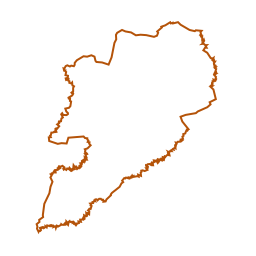 the district of Phimai, Nakhon Ratchasima, Thailand, rotated 183°
{"feature_id": "78962969B83847555024390", "entity_name": "Phimai", "entity_type": "district", "adm_level": 2, "iso_a3": "THA", "parent_name": "Thailand", "parent_adm1": "Nakhon Ratchasima", "projection": "orthographic", "projection_center": [102.551, 15.277], "detail": "fine", "context": "isolated", "style": "outline", "palette": "amber", "viewbox_px": 256, "rotation_deg": 183, "n_neighbors": 0, "source": "geoboundaries", "source_scale": "gbopen_adm2", "svg_char_len": 5759}
<svg xmlns="http://www.w3.org/2000/svg" viewBox="0 0 256 256"><g transform="rotate(183 128 128)"><path d="M99.5,230.1L103.9,225.9L102.9,224.7L103.9,221.7L106.8,220.4L114.6,221.7L120.3,221.8L125.0,221.0L129.9,223.6L135.6,224.3L139.1,225.6L143.8,222.5L144.9,220.4L144.4,215.9L146.0,212.3L148.1,197.7L150.7,190.3L157.3,192.1L163.0,192.3L164.0,193.4L165.2,197.5L168.4,198.7L172.5,197.1L176.2,197.3L182.6,193.0L184.6,190.3L184.6,188.2L185.3,186.9L188.0,187.3L189.2,186.4L191.9,187.4L193.5,186.5L194.7,183.9L195.4,184.1L194.8,182.0L193.6,182.2L193.7,181.5L192.7,180.7L193.2,177.5L190.7,177.0L190.7,175.0L192.8,174.3L192.3,172.7L190.0,173.6L190.1,172.2L188.9,171.6L189.0,170.1L187.0,169.5L186.2,170.5L185.7,167.6L184.1,166.8L184.9,165.2L184.7,161.8L186.3,160.3L185.6,159.6L184.8,160.2L184.5,159.4L185.4,157.6L189.0,155.2L188.7,154.3L187.4,154.3L187.4,152.0L186.2,151.5L186.7,146.8L188.0,145.1L191.6,144.1L190.5,141.3L188.8,139.8L188.7,138.8L190.0,137.7L193.4,137.6L194.5,139.3L195.4,138.2L193.6,135.1L195.0,134.0L195.2,131.4L196.0,131.5L196.7,129.9L197.4,130.4L197.6,128.8L198.9,127.9L196.8,126.2L198.9,123.4L199.7,123.9L200.5,123.2L199.3,120.4L200.6,120.1L200.9,120.9L202.7,119.5L204.3,119.4L204.7,116.7L205.4,116.3L204.6,114.8L206.6,114.5L206.0,110.9L197.3,108.5L193.6,109.4L188.5,109.3L187.0,115.2L171.9,117.2L170.4,115.7L168.1,115.6L168.0,114.4L166.9,113.4L167.5,112.0L165.7,111.7L166.0,110.4L164.4,108.8L167.4,105.5L170.0,104.5L169.4,103.5L169.7,101.8L168.2,100.7L169.2,100.2L167.9,99.6L169.1,98.9L167.8,96.2L168.7,95.7L169.6,96.3L169.3,94.9L170.5,95.0L168.5,94.5L168.3,95.5L167.5,94.2L169.0,94.1L169.5,92.3L170.4,92.7L170.4,91.7L171.3,92.2L171.2,93.5L172.3,92.7L172.1,90.7L173.6,90.3L172.5,89.1L174.0,88.1L173.1,87.6L174.0,87.1L173.2,86.6L173.9,85.8L174.6,86.1L174.9,85.3L176.7,85.9L177.1,85.5L176.3,84.8L176.8,84.3L178.1,85.7L178.0,86.8L179.4,86.6L180.4,87.9L180.5,86.3L179.3,85.6L180.9,84.6L179.7,83.9L182.0,83.0L182.9,83.3L182.0,82.4L182.5,82.1L184.4,83.5L183.3,84.0L184.4,85.3L185.2,83.9L186.6,84.4L187.4,82.9L189.1,83.9L190.0,83.1L190.5,84.0L189.5,85.4L191.5,86.8L193.0,85.9L194.9,86.2L195.3,85.3L193.8,84.3L195.0,83.4L196.1,83.8L196.1,82.5L198.4,82.2L197.9,79.8L198.7,79.7L199.6,80.9L200.6,79.0L201.5,78.8L200.9,77.1L201.8,78.2L202.8,77.8L201.8,76.5L202.9,74.6L200.6,70.4L202.3,65.2L203.1,58.7L207.6,47.9L208.5,36.5L208.1,34.6L211.9,31.6L211.5,29.6L214.2,27.2L213.3,24.8L213.6,22.7L211.9,19.7L211.6,20.6L210.4,20.5L209.6,21.4L210.7,23.6L208.7,24.4L208.6,23.6L207.3,24.4L206.8,23.6L205.4,24.7L205.4,25.6L204.0,24.5L203.6,26.5L200.7,25.8L200.1,25.9L200.3,26.9L199.3,27.0L198.8,26.1L197.7,26.7L196.7,26.0L197.0,25.3L195.3,26.0L194.8,24.4L194.1,26.8L193.5,26.6L193.9,25.9L192.9,25.8L190.0,27.6L189.7,28.5L189.0,27.9L187.3,27.9L186.1,29.4L185.6,28.1L183.7,29.0L182.8,28.1L182.6,29.3L184.5,30.0L184.6,31.4L183.4,30.2L181.4,32.0L180.9,31.1L178.9,31.4L178.6,30.5L177.5,31.5L176.5,30.4L177.8,29.2L176.5,29.7L174.9,28.1L174.4,28.9L175.4,30.2L174.3,29.7L172.1,30.5L172.6,32.1L170.1,31.9L170.9,34.0L168.8,34.2L168.0,36.0L167.4,34.4L166.6,35.0L167.2,38.5L165.3,37.6L164.4,38.1L164.5,38.7L165.6,38.7L165.0,39.0L165.2,40.9L164.4,40.2L164.4,40.9L163.8,41.0L163.7,40.3L162.3,39.7L162.3,42.9L163.6,43.6L162.3,45.4L161.1,45.2L160.3,48.2L161.3,48.7L161.0,49.7L161.8,50.6L159.1,51.2L159.5,52.2L157.9,52.8L157.9,53.6L157.2,53.4L157.6,54.0L156.9,55.0L155.6,55.1L154.7,54.1L153.1,55.8L151.4,55.9L150.8,55.2L149.4,55.1L149.6,54.5L148.4,54.1L148.6,53.1L146.5,53.5L145.8,55.5L141.5,60.0L141.7,60.8L140.6,62.4L133.3,68.8L131.6,72.4L130.0,73.7L131.1,75.1L129.1,77.8L128.1,77.5L127.4,78.4L124.6,77.7L124.7,78.6L123.4,78.1L123.1,78.9L122.2,78.7L122.1,79.5L122.9,79.7L121.8,79.9L121.4,80.7L120.6,79.4L119.7,80.3L119.4,79.6L116.1,80.4L114.9,80.0L115.4,81.9L112.5,80.9L113.0,84.2L112.2,85.0L112.5,86.1L111.1,86.5L109.1,85.9L106.4,87.2L107.8,88.9L106.2,89.2L106.1,90.3L108.0,91.2L108.0,91.9L106.8,91.7L106.5,92.8L104.7,93.2L102.7,92.1L101.0,92.1L101.3,93.3L102.0,93.0L102.1,93.9L102.8,94.1L102.3,94.9L100.6,93.9L101.2,94.7L100.0,95.4L100.5,97.0L98.2,96.8L98.5,96.1L97.4,96.1L96.5,94.6L95.5,95.9L96.4,97.3L97.5,97.2L96.8,98.3L96.2,97.8L95.5,98.3L94.7,97.4L93.3,99.2L92.2,98.2L92.5,97.4L91.9,97.3L91.3,98.3L90.5,98.0L90.4,98.7L91.2,98.9L90.5,99.6L91.3,99.6L91.6,100.7L90.4,100.4L89.9,101.7L89.1,101.4L87.2,103.3L85.1,102.9L85.4,103.9L86.4,103.8L86.8,105.2L86.1,105.5L86.7,106.4L85.7,106.0L84.7,107.2L84.0,106.2L84.2,107.2L83.5,107.2L84.0,107.7L82.3,109.0L81.4,108.8L81.8,109.6L80.2,110.6L79.5,110.2L79.8,112.3L79.4,112.2L79.3,112.8L80.0,112.6L80.1,113.3L78.8,114.5L79.5,116.0L78.2,115.9L77.5,116.9L76.1,116.9L75.2,117.7L74.6,117.2L73.6,118.1L74.5,118.2L74.8,119.2L72.5,120.0L73.2,122.2L72.1,123.1L72.5,124.8L70.5,125.6L69.9,127.9L69.4,128.6L68.6,128.4L68.2,129.1L68.7,129.6L67.6,130.0L74.1,137.3L76.1,142.0L71.1,144.1L61.0,146.4L59.1,148.2L49.9,152.9L46.8,155.9L47.8,158.0L41.8,161.4L44.7,170.9L47.4,173.2L46.0,174.3L47.6,174.4L45.9,176.1L46.1,176.9L47.2,177.2L45.9,177.5L46.0,179.1L44.8,179.2L45.1,180.7L43.2,179.8L42.5,181.5L43.2,182.1L42.8,183.6L45.4,186.2L44.4,185.7L43.1,186.7L44.6,186.8L43.9,188.5L43.2,187.3L42.6,187.5L43.5,190.0L43.0,191.5L44.2,192.3L43.3,193.5L44.8,193.7L44.0,195.0L45.3,195.5L45.6,196.9L44.7,198.6L46.5,198.1L45.4,199.0L46.9,200.1L45.7,200.5L46.1,201.4L46.7,201.1L46.4,202.4L47.2,201.8L49.1,202.2L52.8,207.3L56.8,209.5L55.2,212.3L53.7,212.3L54.7,214.0L53.8,214.9L55.1,214.8L57.0,216.1L58.2,215.9L57.3,216.7L58.0,217.5L57.2,217.8L56.5,219.1L56.9,220.2L57.6,219.1L57.9,220.0L58.5,219.8L58.7,223.0L59.6,222.9L60.4,224.1L59.7,224.5L60.6,224.8L60.0,225.6L60.6,227.5L59.6,228.9L65.4,229.1L66.3,228.2L71.6,229.1L80.9,233.9L83.6,236.3L88.5,234.8L88.7,235.5L90.7,234.7L91.4,235.8L96.1,232.5L100.0,230.9L99.5,230.1Z" fill="none" stroke="#b45309" stroke-width="2"/></g></svg>